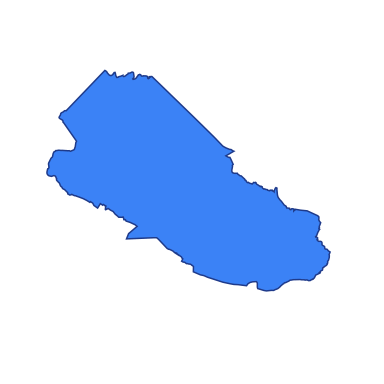 outline of Tzintzuntzan, Michoacán, Mexico, rotated 33°
{"feature_id": "50627088B10227189908038", "entity_name": "Tzintzuntzan", "entity_type": "district", "adm_level": 2, "iso_a3": "MEX", "parent_name": "Mexico", "parent_adm1": "Michoacán", "projection": "albers", "projection_center": [-101.539, 19.611], "detail": "fine", "context": "isolated", "style": "filled", "palette": "blue", "viewbox_px": 384, "rotation_deg": 33, "n_neighbors": 0, "source": "geoboundaries", "source_scale": "gbopen_adm2", "svg_char_len": 5923}
<svg xmlns="http://www.w3.org/2000/svg" viewBox="0 0 384 384"><g transform="rotate(33 192 192)"><path d="M288.8,240.9L288.9,238.4L290.1,236.1L291.9,234.2L294.8,232.1L295.8,232.4L296.6,233.1L298.6,236.2L299.7,237.2L306.0,235.4L308.3,234.4L312.1,231.3L313.9,230.2L314.3,229.8L314.5,229.2L316.6,226.3L316.9,225.3L317.3,224.3L317.7,222.0L317.9,221.6L318.2,220.3L318.5,219.5L318.9,218.9L318.9,218.0L319.3,217.4L319.8,217.2L320.4,216.1L321.8,213.9L322.2,212.6L323.7,211.4L324.4,210.6L330.2,206.6L331.8,205.9L334.0,204.5L334.9,204.3L335.6,203.6L336.7,203.0L337.8,202.9L338.3,202.7L339.5,201.7L339.7,201.3L339.8,200.5L340.5,200.0L340.7,199.1L341.1,199.0L341.1,198.9L341.1,198.4L341.4,197.4L341.0,194.3L343.5,190.3L343.5,190.0L342.7,190.2L342.9,189.4L343.0,188.2L343.3,187.5L343.8,186.8L343.9,186.6L343.9,186.2L343.0,184.6L343.0,184.3L343.2,184.1L343.3,183.8L343.4,183.7L343.4,183.1L343.7,182.8L343.9,181.9L344.6,180.5L344.8,179.3L344.4,178.8L344.6,178.5L344.5,177.9L343.9,176.7L343.5,176.3L343.6,174.7L342.8,172.2L341.8,170.5L340.9,169.6L340.9,168.8L340.5,167.1L338.2,167.1L337.0,166.6L336.3,166.5L334.9,167.2L334.5,167.2L334.0,166.9L333.2,165.8L332.7,165.5L330.3,165.6L329.8,165.4L328.7,163.8L328.0,163.3L327.5,163.2L326.8,163.3L325.0,164.4L323.9,164.3L322.9,164.0L323.2,163.2L322.6,163.0L322.4,162.1L321.0,161.9L320.6,162.1L320.3,162.4L320.0,162.2L320.3,160.8L319.5,157.2L319.4,155.3L319.2,154.6L319.2,154.2L319.4,153.9L319.4,153.7L318.5,153.6L318.2,153.4L318.3,152.5L317.7,152.1L317.2,150.4L317.2,149.7L316.8,148.8L316.7,147.7L314.8,147.1L313.3,146.2L313.2,145.7L312.0,143.8L310.4,143.4L298.8,145.1L293.0,148.1L288.1,150.2L287.9,151.3L288.1,151.4L288.0,151.6L287.7,151.6L287.6,152.3L286.7,150.8L285.0,151.5L284.8,151.7L284.5,152.2L284.6,152.4L284.6,152.9L284.0,153.3L283.4,153.0L283.1,153.1L282.6,152.8L282.5,152.6L280.1,153.8L278.7,152.7L276.4,152.7L272.0,151.1L270.1,150.7L267.9,149.9L266.6,149.2L265.3,148.0L261.4,143.1L261.2,142.5L260.0,142.6L259.8,143.5L260.3,146.3L260.7,147.1L259.7,146.8L259.2,147.2L258.7,147.1L258.4,146.8L258.1,146.8L258.1,147.3L256.6,147.8L256.6,148.4L256.4,148.7L254.5,149.3L254.4,149.2L253.8,149.0L252.5,149.7L252.3,149.6L251.1,149.9L250.8,150.4L249.2,150.3L248.5,150.1L248.0,149.4L247.5,149.5L247.1,149.5L246.6,149.6L246.5,150.2L246.2,150.3L245.5,150.1L244.9,150.2L243.5,150.1L242.9,150.2L242.1,150.2L240.9,149.8L240.6,149.3L240.0,149.3L239.5,150.0L239.1,150.2L238.6,150.3L238.4,150.5L238.4,151.3L238.2,152.4L237.4,152.7L237.0,152.7L235.6,153.3L234.0,153.2L233.6,153.8L232.6,153.8L231.9,153.6L231.7,153.3L230.6,152.9L230.2,153.1L229.7,153.0L229.4,152.6L228.8,152.4L227.9,152.3L224.5,151.7L223.5,152.2L220.4,152.0L219.8,151.6L217.9,152.9L217.0,153.4L215.5,153.7L214.4,153.2L213.7,152.3L213.4,151.8L212.1,148.6L211.3,147.7L211.5,146.4L207.0,143.5L204.9,142.3L203.9,143.0L202.0,143.2L200.7,143.2L204.9,135.0L203.9,135.2L201.7,135.1L200.2,135.8L196.5,136.5L194.0,136.7L192.6,136.7L181.1,134.0L153.1,128.3L95.6,117.0L95.1,117.2L94.2,117.9L94.4,117.9L94.5,118.2L94.4,118.4L94.1,118.4L94.1,118.6L93.8,118.7L93.8,119.0L94.0,119.2L94.1,120.0L93.8,120.3L93.6,120.8L93.2,120.8L93.0,120.5L92.6,120.4L92.4,120.2L92.4,119.8L92.1,119.6L91.8,119.4L91.3,119.4L91.1,119.5L90.7,119.5L90.1,119.8L89.5,120.1L87.9,121.1L87.9,121.3L86.7,122.2L86.1,122.2L85.4,121.7L84.7,121.7L84.1,121.8L83.9,122.3L83.2,123.0L83.3,123.5L83.2,124.3L83.1,126.3L83.1,127.0L82.7,128.0L82.1,128.8L81.3,129.6L80.7,129.4L80.9,127.7L80.5,126.7L78.0,123.9L77.6,123.7L76.4,124.0L75.2,126.0L73.8,127.1L74.0,128.1L73.3,129.4L73.0,130.7L72.0,132.3L70.5,132.2L70.4,131.9L68.9,134.1L68.1,134.8L67.5,135.7L67.6,135.9L67.2,136.4L66.5,136.9L64.6,135.8L63.1,134.2L62.3,133.6L61.6,134.3L61.7,135.2L61.5,135.9L61.7,136.1L61.7,136.4L61.5,137.2L61.2,137.6L60.7,138.5L60.3,138.5L60.0,138.8L59.3,139.0L58.2,138.8L56.1,138.2L55.1,137.6L53.7,137.4L52.7,137.5L42.2,192.4L41.2,192.9L40.8,193.4L40.4,194.9L39.3,196.8L39.2,197.7L39.8,199.4L39.7,200.4L39.8,201.6L40.0,202.0L40.5,202.3L41.4,202.4L43.9,202.3L44.7,202.4L46.0,203.8L46.3,203.7L67.5,212.3L67.7,213.9L69.5,217.8L69.8,219.4L70.1,220.1L70.0,220.9L67.9,224.0L66.6,224.2L65.2,225.2L64.0,225.8L63.7,226.0L60.1,228.0L59.6,228.5L58.6,228.9L57.4,229.6L56.7,230.2L56.2,230.8L55.2,231.4L55.1,232.4L54.5,233.2L54.4,233.8L54.6,235.3L55.8,238.4L55.8,238.9L55.5,239.9L55.4,240.7L56.0,245.7L56.3,246.5L56.9,247.3L57.7,248.1L58.1,248.7L58.3,248.8L58.6,249.2L58.8,250.2L58.7,250.8L58.4,251.0L58.5,251.7L59.5,254.3L60.3,255.4L61.0,255.9L62.1,256.3L63.3,256.3L64.9,255.7L65.7,255.4L66.8,253.9L67.3,253.4L68.9,253.1L70.1,253.9L70.5,254.3L71.1,254.4L71.7,255.6L72.7,256.1L73.7,256.2L74.6,256.6L75.5,256.6L76.5,257.1L78.2,258.4L79.1,258.7L80.3,258.8L81.4,259.5L82.4,259.6L83.4,259.4L84.5,259.5L87.0,260.1L87.9,260.1L88.6,261.0L89.0,261.3L90.0,261.1L90.5,261.2L91.0,261.2L91.6,260.7L92.1,260.3L92.4,259.5L92.7,259.4L94.2,259.3L95.4,259.1L96.7,258.4L97.0,258.5L100.2,257.7L104.4,256.8L108.4,256.4L112.0,256.3L112.1,255.4L114.8,255.4L117.1,256.7L121.6,256.9L121.5,251.7L124.3,251.7L124.4,250.8L127.5,250.7L127.3,251.4L128.4,252.6L128.5,253.5L129.0,253.9L129.3,253.9L129.8,252.8L130.5,252.0L130.6,251.5L131.5,251.5L133.5,251.6L136.6,251.3L137.3,251.6L139.6,252.4L143.1,252.8L144.2,253.1L147.1,251.3L147.4,251.1L147.5,250.8L148.0,250.5L149.9,252.2L150.1,252.9L150.3,251.8L151.3,251.5L152.4,252.3L152.1,252.4L156.6,251.2L161.7,250.5L161.9,250.4L164.7,250.7L161.5,261.4L162.6,267.0L184.8,251.2L187.1,249.7L187.3,249.6L189.6,249.9L196.6,251.6L201.9,252.9L203.5,252.8L204.6,252.3L208.1,251.9L210.4,252.3L211.3,252.3L211.4,251.9L212.2,251.7L212.2,252.3L214.0,252.3L213.6,252.0L218.5,252.2L219.6,252.9L220.7,253.1L221.0,255.7L222.7,255.6L224.2,254.9L226.1,255.1L226.6,255.0L227.0,254.6L228.7,254.1L229.7,253.5L231.4,253.3L231.8,253.6L232.6,253.5L233.8,253.7L236.6,258.2L244.2,256.9L246.5,256.0L247.7,255.6L251.5,255.0L267.1,250.8L273.9,248.2L277.5,246.7L281.1,244.6L288.8,240.9Z" fill="#3b82f6" stroke="#1e3a8a" stroke-width="1.5"/></g></svg>